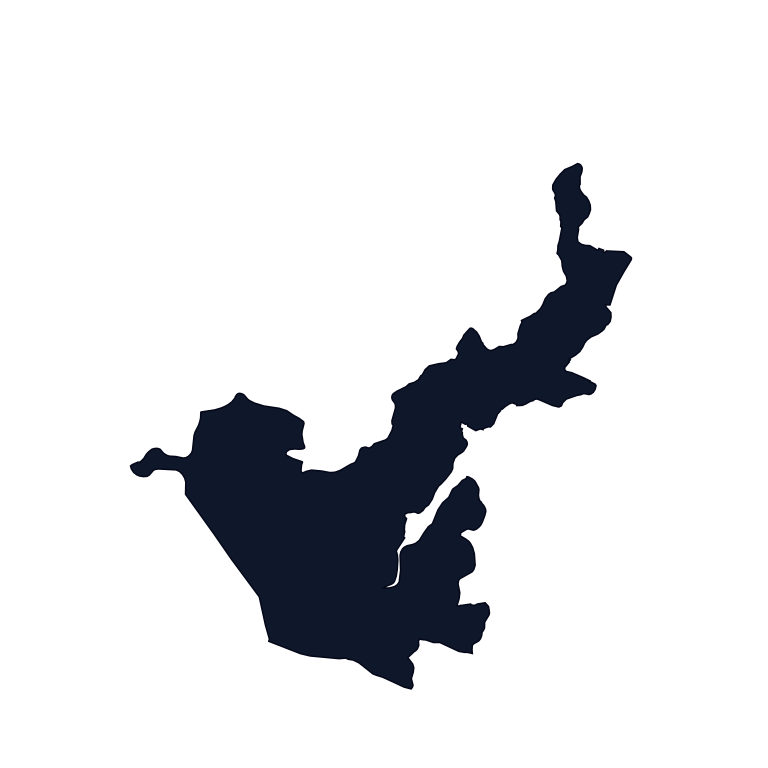 Hunters Hill, New South Wales, Australia (Natural Earth projection), rotated 295°
{"feature_id": "25037944B34296859753223", "entity_name": "Hunters Hill", "entity_type": "district", "adm_level": 2, "iso_a3": "AUS", "parent_name": "Australia", "parent_adm1": "New South Wales", "projection": "natural_earth1", "projection_center": [151.151, -33.83], "detail": "fine", "context": "isolated", "style": "filled", "palette": "ink", "viewbox_px": 768, "rotation_deg": 295, "n_neighbors": 0, "source": "geoboundaries", "source_scale": "gbopen_adm2", "svg_char_len": 6171}
<svg xmlns="http://www.w3.org/2000/svg" viewBox="0 0 768 768"><g transform="rotate(295 384 384)"><path d="M209.2,194.0L204.7,190.0L202.6,188.9L200.0,191.2L198.1,194.5L197.2,198.3L197.3,201.3L198.4,205.2L200.2,208.3L202.6,209.9L208.4,211.5L210.0,212.9L211.6,215.3L218.3,231.9L218.3,235.8L216.8,239.8L214.4,243.2L211.2,245.9L200.2,250.7L176.4,293.0L160.6,320.0L138.4,360.9L115.3,378.5L104.4,387.9L102.1,388.3L104.3,422.2L106.3,432.0L116.1,459.4L119.4,465.2L119.4,468.0L120.8,472.7L120.7,479.2L116.6,496.3L116.8,500.1L117.7,506.7L117.8,530.4L119.1,537.5L121.4,537.9L123.3,537.6L128.5,533.3L135.2,532.3L139.5,530.9L142.3,528.4L146.1,521.2L154.0,524.4L155.8,525.5L158.0,526.2L161.8,526.0L165.8,523.7L167.9,524.3L168.7,527.4L169.7,530.1L170.6,538.1L173.3,543.8L173.3,564.8L174.8,570.4L176.0,572.9L177.1,578.0L180.1,576.2L184.4,574.5L186.3,575.0L191.1,578.4L193.7,579.1L197.1,578.9L200.5,577.8L203.0,578.3L205.4,578.2L210.7,575.9L219.3,576.8L221.2,576.3L226.5,572.8L228.5,568.1L223.9,561.4L221.8,559.9L220.7,556.8L221.2,555.5L216.0,547.7L215.7,546.8L214.2,545.4L214.1,544.2L214.4,543.8L221.2,542.8L226.9,540.9L234.1,535.6L237.3,534.7L238.7,534.8L240.2,535.5L251.1,543.3L253.9,543.8L258.3,543.2L268.4,537.6L273.2,533.5L276.2,529.5L277.3,527.2L278.1,523.3L278.6,517.5L280.6,516.6L282.0,516.7L287.4,520.4L288.3,521.7L289.3,526.9L291.2,528.9L293.9,530.3L296.9,531.3L300.4,531.5L307.8,530.9L311.6,530.1L313.1,529.2L314.8,527.5L316.2,525.4L317.3,522.7L318.0,522.4L318.5,520.4L320.6,518.2L323.1,516.6L328.5,514.6L330.0,513.4L334.3,507.5L335.2,504.6L335.5,500.0L335.1,498.3L333.0,498.4L329.7,495.7L323.3,493.9L318.2,490.9L316.7,490.6L308.6,490.6L301.3,487.4L292.9,486.1L277.8,486.9L273.4,484.5L265.8,483.1L257.2,482.1L253.0,480.0L250.5,477.6L247.2,473.3L244.6,471.3L242.6,470.5L239.0,470.2L235.5,471.0L222.1,477.8L211.1,481.4L207.8,480.9L204.8,479.1L201.5,475.1L198.8,469.7L200.6,470.5L205.9,475.5L208.0,476.7L209.9,476.9L215.0,476.3L221.3,474.5L230.4,470.9L234.7,468.4L237.8,465.8L239.0,465.7L253.3,467.8L253.9,466.3L259.0,465.2L260.6,464.0L265.2,462.2L271.5,461.4L272.4,459.1L273.7,458.2L275.0,458.0L277.6,460.1L278.4,462.0L280.3,464.5L281.1,466.5L281.1,469.4L282.3,470.9L285.9,472.8L289.6,473.4L293.1,475.4L300.0,476.4L306.9,475.8L314.6,476.6L317.3,477.9L324.1,480.1L333.0,482.1L336.4,482.0L341.2,480.0L346.6,479.5L350.7,480.8L355.0,483.6L357.1,484.5L362.6,485.2L364.6,485.0L366.5,483.8L367.8,482.1L368.6,478.6L371.2,476.4L373.0,475.6L373.8,474.3L376.5,474.0L376.6,471.2L382.2,470.1L381.8,474.7L383.0,476.3L381.2,477.7L380.5,486.9L383.9,490.2L384.5,493.1L385.4,492.7L389.2,496.5L390.1,498.7L394.5,500.2L404.8,499.6L408.5,500.8L411.3,500.9L411.2,501.8L414.6,503.3L419.2,506.1L420.0,507.1L420.5,506.9L421.1,508.2L421.5,512.8L420.5,513.4L423.1,518.4L425.7,520.8L430.3,524.1L431.7,526.0L433.9,527.2L434.9,528.6L435.3,530.9L435.7,545.7L437.0,552.2L439.1,554.0L442.7,553.9L447.4,555.6L455.2,563.7L457.7,567.2L459.4,568.6L460.2,570.5L461.0,574.0L462.3,575.7L464.9,577.2L468.3,577.6L472.1,576.9L473.1,575.5L473.3,569.6L473.9,569.5L474.0,561.8L473.6,549.5L472.4,543.7L473.4,541.8L475.1,540.8L482.2,542.6L482.4,542.1L484.7,542.6L485.0,541.2L491.1,545.3L496.1,547.7L501.4,548.5L506.0,548.5L509.4,549.3L514.1,551.7L519.6,556.6L524.3,559.3L527.0,560.3L531.4,560.4L532.0,561.3L532.7,561.7L536.1,562.5L540.4,561.6L544.5,559.5L547.7,552.6L549.4,551.4L551.1,555.4L571.7,552.8L587.2,554.0L601.3,555.6L602.7,555.1L603.3,554.2L605.3,545.6L598.6,529.3L596.8,528.9L596.3,527.3L598.1,526.5L597.7,521.5L595.5,521.4L596.4,512.1L594.7,507.8L594.0,504.1L594.7,500.1L595.0,499.6L598.5,497.2L606.1,495.1L608.6,493.7L613.2,495.5L617.5,496.0L621.5,498.0L625.3,498.0L629.2,497.5L633.2,495.4L636.5,492.1L639.0,488.4L639.6,485.4L641.3,482.0L642.6,480.0L644.3,478.3L646.7,477.1L647.8,477.4L654.7,474.1L659.6,473.7L662.4,472.9L664.1,471.9L665.5,469.9L665.9,468.3L665.5,466.2L660.7,462.7L654.7,457.2L648.6,455.0L642.2,453.4L635.7,452.9L632.5,454.2L631.2,455.1L629.4,457.9L627.4,459.8L624.7,460.0L622.1,462.5L613.8,467.2L612.0,471.0L610.7,472.6L607.3,474.2L606.1,475.7L601.7,477.4L601.1,478.1L600.8,479.2L587.3,482.6L583.1,483.1L578.8,484.9L575.4,485.7L574.8,487.7L571.3,492.5L570.6,493.2L566.0,495.8L563.3,498.0L561.9,499.2L558.8,503.7L554.9,506.5L552.3,506.8L550.3,506.5L547.2,503.3L539.3,499.4L537.3,496.8L534.8,495.3L529.5,494.1L523.2,494.4L518.6,494.0L512.4,491.8L511.3,490.3L507.3,488.0L499.7,481.7L498.1,483.0L494.6,482.9L486.2,484.1L482.8,485.9L480.9,486.3L477.4,486.0L474.6,484.4L473.9,483.6L473.7,482.7L468.2,476.4L466.7,472.6L462.1,469.5L460.2,467.7L459.3,466.1L459.0,464.7L459.4,462.0L461.6,457.1L462.8,456.3L463.3,454.6L467.6,450.1L470.2,446.0L471.7,441.0L471.5,439.3L470.7,438.3L462.0,435.7L458.7,435.9L453.7,434.8L448.7,434.4L446.4,434.8L444.7,437.6L442.9,438.8L436.9,438.7L435.8,437.6L434.7,434.3L430.3,431.9L429.1,430.7L425.6,425.1L419.6,417.4L414.4,415.2L408.4,414.8L407.1,413.9L402.4,413.4L398.2,410.7L394.7,406.7L390.8,405.1L383.0,398.8L379.1,396.5L376.9,396.2L374.8,396.9L373.1,398.4L371.0,402.2L369.1,403.6L366.8,404.6L354.0,406.7L351.2,408.3L350.6,409.8L345.2,410.8L336.5,410.4L333.9,409.0L325.7,400.4L322.6,399.6L320.0,398.0L319.4,396.8L319.2,394.5L318.5,393.0L316.5,390.7L314.0,390.1L308.2,391.2L301.7,391.1L300.2,390.6L297.1,387.7L287.1,380.7L283.6,377.2L281.8,374.2L280.8,372.0L278.8,364.3L275.3,354.6L271.9,350.4L268.5,347.4L270.3,345.4L276.2,343.4L278.6,343.2L279.0,342.8L277.9,333.0L278.2,325.6L279.3,324.6L280.7,324.3L282.0,324.5L284.8,326.2L287.4,330.5L289.1,334.9L290.9,337.9L292.3,339.0L293.7,338.6L296.9,335.3L303.5,330.9L306.7,329.7L314.4,328.2L315.9,327.0L317.0,321.5L317.4,315.1L318.7,307.1L317.7,299.3L313.3,284.4L312.0,274.8L312.1,269.4L312.6,266.9L314.8,262.1L315.1,260.9L315.0,258.8L314.5,256.9L313.2,255.5L312.0,255.0L309.4,254.6L308.3,254.9L303.4,253.6L299.6,251.6L296.1,249.0L293.0,246.1L288.8,241.3L281.8,230.7L281.0,229.9L275.8,232.1L272.3,232.9L268.0,233.4L260.8,233.1L257.1,233.6L242.9,238.5L239.5,238.6L235.8,237.3L233.5,235.6L232.1,233.5L230.3,226.0L227.9,219.9L227.6,217.5L228.0,213.7L230.3,208.4L229.9,205.8L228.6,203.3L226.9,201.3L223.2,199.4L220.2,198.4L215.1,197.8L210.9,196.3L209.7,195.3L209.2,194.0Z" fill="#0f172a" stroke="#020617" stroke-width="1.5"/></g></svg>